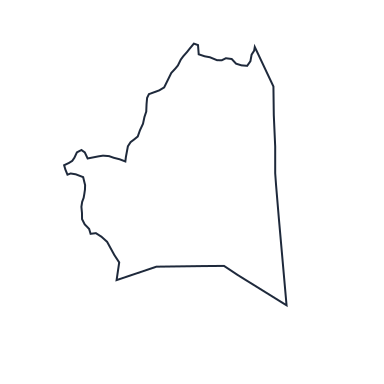 outline of Caiçara do Rio do Vento, Rio Grande do Norte, Brazil, rotated 160°
{"feature_id": "56859067B37257607261932", "entity_name": "Caiçara do Rio do Vento", "entity_type": "district", "adm_level": 2, "iso_a3": "BRA", "parent_name": "Brazil", "parent_adm1": "Rio Grande do Norte", "projection": "natural_earth1", "projection_center": [-36.002, -5.757], "detail": "fine", "context": "isolated", "style": "outline", "palette": "slate", "viewbox_px": 384, "rotation_deg": 160, "n_neighbors": 0, "source": "geoboundaries", "source_scale": "gbopen_adm2", "svg_char_len": 1199}
<svg xmlns="http://www.w3.org/2000/svg" viewBox="0 0 384 384"><g transform="rotate(160 192 192)"><path d="M293.0,135.0L251.0,134.0L206.9,118.6L187.2,111.6L177.4,98.3L144.7,56.7L141.9,53.2L119.2,138.3L110.5,170.3L107.4,181.2L98.3,206.2L88.8,236.4L79.4,263.3L83.4,306.8L85.3,303.5L89.0,300.7L92.4,294.9L97.0,291.7L102.2,294.1L106.7,297.5L109.2,303.4L114.4,306.1L119.0,305.6L123.4,307.3L129.1,312.5L133.7,315.2L138.6,319.1L136.1,328.0L139.5,330.8L145.0,327.6L148.7,325.3L153.7,322.6L157.2,320.3L162.0,315.7L165.4,313.7L170.7,311.0L182.4,299.8L188.1,298.7L199.0,298.7L202.0,295.8L204.7,290.0L207.5,283.2L211.0,278.8L214.7,272.9L219.8,267.8L224.0,262.7L228.3,261.2L232.6,259.9L236.6,256.9L242.1,247.6L244.2,243.5L248.8,247.5L253.8,250.9L257.7,254.1L263.2,256.6L267.8,257.5L278.6,259.2L279.2,265.9L281.6,269.3L286.6,268.6L290.8,264.4L293.9,262.2L297.7,261.4L303.0,260.9L303.3,256.6L303.1,250.9L299.7,250.9L295.2,248.4L289.2,243.2L290.1,235.0L291.8,230.8L293.8,227.1L295.8,223.6L298.6,220.3L301.0,215.9L302.6,209.8L304.6,204.1L303.9,198.3L301.3,192.5L301.6,187.4L296.4,186.2L292.3,180.8L288.8,174.2L288.0,168.9L286.5,159.2L284.5,150.7L293.0,135.0Z" fill="none" stroke="#1e293b" stroke-width="2"/></g></svg>